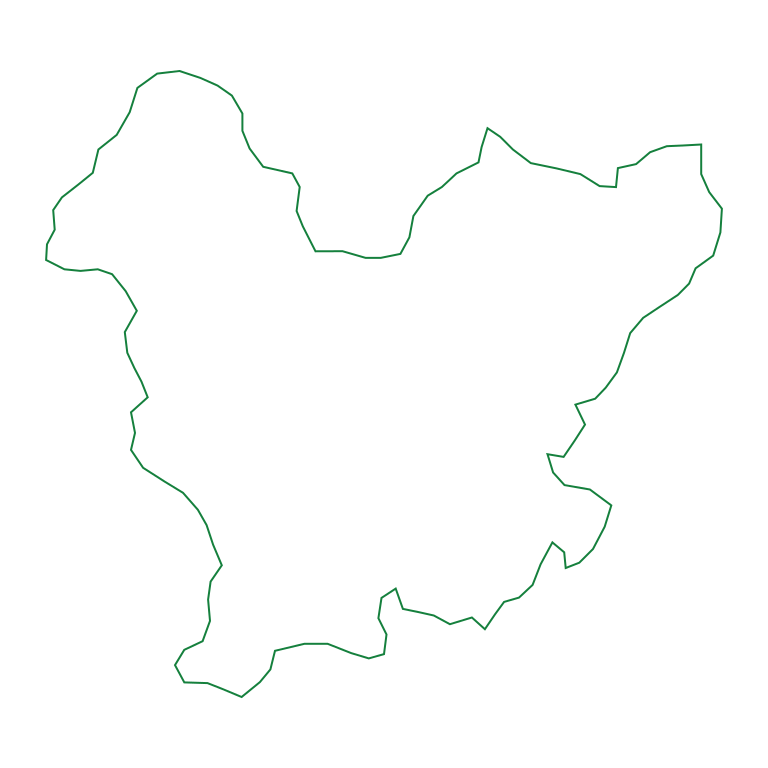 Itamarati de Minas, Minas Gerais, Brazil (orthographic projection)
{"feature_id": "56859067B34980418963109", "entity_name": "Itamarati de Minas", "entity_type": "district", "adm_level": 2, "iso_a3": "BRA", "parent_name": "Brazil", "parent_adm1": "Minas Gerais", "projection": "orthographic", "projection_center": [-42.847, -21.427], "detail": "fine", "context": "isolated", "style": "outline", "palette": "green", "viewbox_px": 768, "rotation_deg": 0, "n_neighbors": 0, "source": "geoboundaries", "source_scale": "gbopen_adm2", "svg_char_len": 1729}
<svg xmlns="http://www.w3.org/2000/svg" viewBox="0 0 768 768"><path d="M137.4,87.9L129.7,112.2L116.7,134.9L98.4,149.5L92.8,172.8L78.0,184.8L61.9,197.4L53.2,210.1L54.7,229.7L47.0,244.3L46.1,260.0L64.4,269.3L80.5,270.9L97.8,269.3L112.1,274.2L125.7,291.2L136.8,310.8L124.8,332.1L127.3,352.8L134.4,368.1L141.5,381.7L147.7,397.3L131.0,412.3L135.0,432.9L131.0,449.9L143.1,467.8L164.5,481.5L183.0,492.8L197.9,509.8L206.6,525.1L213.1,544.7L221.8,565.3L210.6,581.6L208.1,599.6L210.0,620.9L202.6,641.2L184.3,649.8L175.0,665.1L184.3,682.4L207.5,683.1L222.7,689.1L241.6,697.0L259.9,682.1L270.4,669.4L275.0,650.8L304.4,643.8L327.6,643.8L351.2,653.1L368.8,658.4L384.0,654.1L386.5,634.5L378.4,618.2L381.5,597.9L395.7,588.6L402.9,608.9L419.0,612.2L433.8,615.5L449.9,624.2L471.9,617.5L484.9,629.2L495.1,614.2L504.1,601.9L519.0,597.6L532.6,584.9L540.6,564.3L552.4,542.4L564.2,552.3L565.7,568.0L579.3,562.7L593.0,549.0L604.7,526.7L611.3,505.4L589.9,489.5L564.5,485.1L553.1,472.5L547.5,454.2L563.6,456.9L574.7,440.6L585.0,424.6L575.4,404.6L595.2,398.7L605.7,387.7L616.9,372.4L624.0,352.8L630.2,333.1L643.2,317.8L659.6,306.9L677.9,294.9L689.1,283.6L695.6,268.3L713.2,255.6L720.4,232.4L721.9,208.7L709.2,192.1L701.2,174.1L701.2,144.5L682.9,145.5L666.8,146.2L650.1,152.2L636.1,164.1L617.9,168.1L616.0,187.1L599.6,186.1L580.4,174.1L556.5,168.4L530.8,163.1L512.9,149.5L500.2,136.8L487.5,128.2L481.6,147.1L478.5,162.4L456.5,173.4L441.9,187.0L427.7,195.7L413.4,216.0L409.4,237.3L400.4,253.9L380.6,257.9L365.7,257.9L342.5,251.2L315.5,251.3L302.8,226.3L296.6,211.0L299.7,187.0L292.3,173.4L263.2,166.8L249.6,148.5L242.4,130.8L242.4,113.5L231.9,95.6L217.6,85.6L200.3,77.9L179.5,71.0L157.2,73.6L137.4,87.9Z" fill="none" stroke="#15803d" stroke-width="2"/></svg>